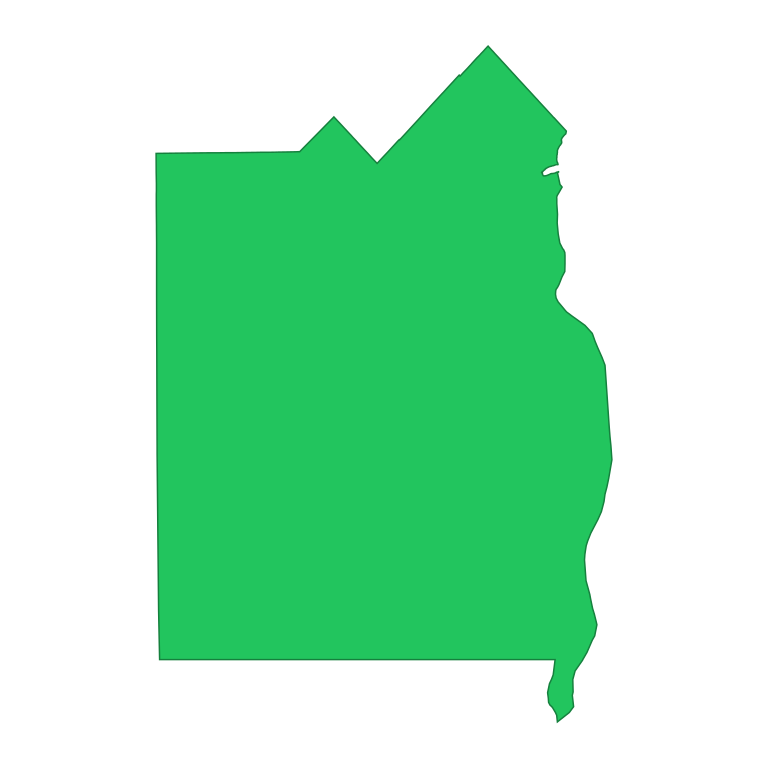 the district of San Fernando, Chaco, Argentina
{"feature_id": "61730980B8313439795489", "entity_name": "San Fernando", "entity_type": "district", "adm_level": 2, "iso_a3": "ARG", "parent_name": "Argentina", "parent_adm1": "Chaco", "projection": "natural_earth1", "projection_center": [-58.982, -27.701], "detail": "fine", "context": "isolated", "style": "filled", "palette": "green", "viewbox_px": 768, "rotation_deg": 0, "n_neighbors": 0, "source": "geoboundaries", "source_scale": "gbopen_adm2", "svg_char_len": 5208}
<svg xmlns="http://www.w3.org/2000/svg" viewBox="0 0 768 768"><path d="M159.6,659.6L555.1,659.6L553.2,674.8L551.6,679.1L549.5,683.6L547.6,692.7L548.3,698.1L548.6,702.4L550.0,705.1L551.7,706.6L552.8,708.0L553.9,709.9L555.4,712.4L556.7,715.3L557.1,719.3L557.4,721.9L569.3,712.5L573.6,706.7L572.5,696.9L572.3,695.4L573.1,692.0L572.8,679.5L575.1,670.9L582.5,660.3L582.8,659.6L587.0,652.3L592.3,640.1L594.7,635.9L596.9,624.8L596.3,622.1L594.4,614.4L592.6,608.5L590.6,598.9L589.8,594.5L586.0,580.6L585.0,566.7L584.5,559.9L584.9,554.3L585.6,549.5L586.2,545.7L587.7,540.9L590.8,533.1L597.9,519.5L601.4,511.6L604.0,501.6L605.0,494.2L606.9,487.0L608.7,478.4L611.9,459.8L610.9,445.7L610.0,436.9L609.2,426.8L605.0,365.2L602.1,357.6L597.8,347.9L595.1,341.4L592.8,334.8L592.2,333.3L585.0,325.4L571.8,315.9L566.5,311.9L564.7,309.8L560.4,304.6L558.1,301.9L556.1,298.0L555.5,294.2L555.7,291.1L556.0,289.5L557.4,287.5L558.9,284.7L562.0,276.9L564.8,271.5L565.0,263.6L565.0,255.6L564.8,252.5L563.6,249.7L562.6,248.6L559.8,243.0L558.2,233.9L557.3,224.2L557.2,222.6L557.5,214.3L556.8,203.7L556.8,198.9L556.7,197.3L557.1,195.7L559.4,191.8L562.1,187.1L562.0,186.9L560.0,184.5L557.5,172.9L559.1,171.5L557.8,172.0L557.1,172.1L556.2,172.4L555.6,172.9L554.4,173.2L552.9,173.5L551.8,173.5L550.6,173.8L549.3,174.5L547.8,175.1L547.1,175.4L545.7,175.8L544.1,175.9L543.3,175.8L542.8,174.9L542.7,174.7L542.6,174.4L542.5,174.1L542.2,173.7L542.2,173.3L542.4,173.2L542.5,173.1L542.5,172.9L542.2,172.6L541.9,172.6L541.7,172.5L541.9,172.2L542.0,171.9L542.4,171.7L542.9,171.3L543.1,171.2L543.3,171.0L543.8,170.5L543.8,170.4L544.0,170.2L544.3,170.1L544.5,169.8L544.7,169.7L544.8,169.7L545.0,169.6L545.1,169.4L545.4,168.8L545.5,168.8L545.5,168.6L545.8,168.5L546.5,168.2L546.9,168.0L547.0,167.9L547.3,167.7L547.5,167.5L547.9,167.4L548.1,167.3L548.2,167.2L548.5,167.1L549.0,166.9L549.2,166.7L550.2,166.5L550.3,166.4L550.6,166.4L550.8,166.3L551.0,166.3L551.9,166.0L552.2,165.9L552.4,165.8L552.5,165.8L553.0,165.7L553.3,165.7L553.9,165.5L554.2,165.4L554.4,165.3L554.6,165.2L555.1,165.0L555.3,164.9L555.5,164.9L555.8,164.8L556.5,164.6L556.8,164.6L557.3,164.6L557.6,164.6L557.8,164.7L558.0,164.6L558.0,164.3L558.0,164.2L557.9,163.9L557.8,163.7L557.8,163.4L557.7,163.1L557.6,162.8L557.5,162.6L557.4,162.4L557.1,162.0L557.1,161.8L557.0,161.7L556.8,160.5L556.8,160.3L556.7,159.8L556.7,159.4L556.7,159.2L556.7,158.9L556.7,158.7L556.7,158.0L556.7,157.9L556.8,157.7L556.8,157.3L556.9,157.2L556.9,156.8L556.8,156.0L556.9,155.8L556.8,155.6L556.9,155.3L557.1,154.5L557.2,154.4L557.2,154.0L557.2,153.8L557.2,153.7L557.3,153.0L557.3,152.9L557.4,152.7L557.4,152.4L557.4,152.1L557.4,151.7L557.4,150.6L557.4,150.4L557.6,150.0L557.8,149.4L557.8,149.2L557.9,148.9L558.1,148.7L558.4,148.0L558.5,147.9L558.6,147.7L559.2,146.5L559.3,146.4L559.4,146.2L559.5,146.1L559.6,145.9L559.7,145.7L560.2,145.1L560.3,145.1L560.5,144.9L560.6,144.6L560.8,144.3L560.9,144.2L561.0,144.0L561.2,143.8L561.3,143.7L561.5,143.1L561.7,142.9L561.7,142.7L561.7,142.1L561.7,141.8L561.6,141.6L561.6,141.4L561.6,141.1L561.6,140.9L561.3,140.7L561.4,140.1L561.5,139.3L561.5,139.0L561.6,138.9L561.7,138.7L561.8,138.5L562.2,137.8L562.2,137.7L562.3,137.6L562.4,137.4L562.5,137.3L562.8,137.0L562.9,136.9L563.2,136.5L563.4,136.3L563.5,136.2L563.6,135.9L563.8,135.7L564.3,135.2L564.5,135.0L564.6,134.9L564.8,134.7L565.4,134.1L565.6,133.9L565.7,133.7L565.8,133.7L565.9,133.3L566.0,132.7L566.1,132.4L566.1,132.2L566.3,131.5L566.3,131.1L563.2,127.7L559.7,123.9L554.0,117.7L553.8,117.7L551.4,115.0L548.7,112.1L545.9,109.0L543.2,106.1L542.0,104.8L540.6,103.3L539.2,101.8L537.8,100.2L535.1,97.3L532.0,93.9L529.2,90.9L526.4,87.9L523.7,84.9L521.0,82.0L518.2,79.0L514.5,74.9L511.7,71.9L510.2,70.2L509.9,69.9L509.1,69.1L507.8,67.6L505.8,65.4L503.3,62.7L502.1,61.4L501.7,61.0L500.4,59.5L498.0,56.9L496.7,55.5L495.0,53.7L493.7,52.2L493.4,51.9L492.9,51.3L491.9,50.3L490.9,49.2L490.3,48.5L489.7,47.9L488.6,46.7L488.1,46.1L487.9,46.3L487.5,46.6L487.2,47.0L486.9,47.3L486.1,48.2L485.4,48.9L483.9,50.6L482.5,52.1L481.1,53.5L479.8,55.0L479.4,55.4L478.0,56.8L477.4,57.4L476.8,58.0L471.5,63.8L471.4,64.0L468.7,66.9L468.0,67.7L466.0,69.8L465.9,69.9L463.2,72.7L460.5,75.7L460.1,76.1L459.2,75.1L453.9,80.8L453.8,81.0L451.6,83.3L448.3,86.9L443.2,92.5L442.3,93.4L430.2,106.5L422.4,115.1L418.4,119.5L410.3,128.3L404.8,134.3L399.5,140.0L399.2,139.7L397.7,141.2L393.6,145.7L387.9,151.9L382.7,157.4L377.1,163.4L371.8,157.8L367.8,153.4L363.4,148.7L360.8,145.9L358.2,143.1L355.5,140.1L352.9,137.4L350.8,135.0L350.2,134.4L347.4,131.4L344.7,128.5L342.2,125.8L339.4,122.8L337.4,120.7L335.4,118.5L334.3,117.4L333.9,116.9L333.8,117.0L323.8,127.2L318.7,132.4L303.4,147.9L299.7,151.7L298.0,151.7L296.3,151.8L285.6,152.0L278.6,152.1L275.0,152.2L267.9,152.3L260.9,152.3L255.6,152.4L246.7,152.5L240.1,152.6L232.9,152.7L225.8,152.7L218.7,152.8L211.8,152.8L201.3,152.9L190.8,153.0L173.5,153.2L156.1,153.4L156.2,172.6L156.4,183.5L156.4,189.9L156.4,190.6L156.4,190.8L156.3,194.2L156.3,197.6L156.3,204.5L156.4,217.1L156.5,225.8L156.5,229.9L156.6,242.5L156.6,246.5L156.6,249.0L156.6,250.1L156.6,260.7L156.6,294.1L156.7,336.9L156.8,351.8L157.0,419.6L157.1,446.6L157.1,453.3L158.6,609.9L159.6,659.6Z" fill="#22c55e" stroke="#15803d" stroke-width="1.5"/></svg>